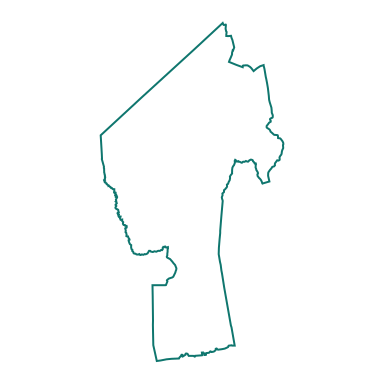 outline of Bang Khun Thian, Bangkok Metropolis, Thailand
{"feature_id": "78962969B82551730136395", "entity_name": "Bang Khun Thian", "entity_type": "district", "adm_level": 2, "iso_a3": "THA", "parent_name": "Thailand", "parent_adm1": "Bangkok Metropolis", "projection": "albers", "projection_center": [100.427, 13.588], "detail": "fine", "context": "isolated", "style": "outline", "palette": "teal", "viewbox_px": 384, "rotation_deg": 0, "n_neighbors": 0, "source": "geoboundaries", "source_scale": "gbopen_adm2", "svg_char_len": 6030}
<svg xmlns="http://www.w3.org/2000/svg" viewBox="0 0 384 384"><path d="M100.7,135.3L101.8,153.9L102.0,158.6L101.8,159.0L104.0,166.9L103.8,167.9L104.1,168.5L104.2,172.7L104.5,173.2L104.5,174.1L104.9,175.0L104.8,175.4L105.0,175.9L104.9,176.3L105.1,176.7L104.9,177.2L105.2,177.6L104.9,178.8L104.5,179.3L104.8,179.7L104.5,180.1L104.7,180.4L104.2,180.5L104.4,181.0L104.6,181.9L104.9,182.4L105.5,182.4L106.0,183.0L106.2,183.4L106.7,183.6L106.7,184.2L107.8,185.0L108.5,185.3L108.5,186.0L109.0,185.9L109.4,186.2L109.7,186.7L110.4,186.9L110.5,187.3L111.1,188.0L111.6,187.9L112.0,188.1L112.3,188.7L113.1,189.2L113.5,189.1L114.3,189.2L114.3,190.7L114.5,191.4L114.0,192.0L114.1,192.6L114.6,193.0L115.2,192.8L115.6,192.8L115.6,193.1L115.1,193.3L115.1,193.6L115.3,194.1L116.0,194.5L115.9,194.9L115.3,195.0L115.2,195.3L115.4,195.4L116.3,195.5L116.6,195.6L116.6,195.9L115.8,196.2L115.7,196.6L116.1,196.8L116.5,196.4L116.8,196.4L116.9,196.6L116.5,197.1L117.1,197.2L117.1,197.4L115.9,199.6L116.2,200.8L115.7,201.5L116.4,201.9L116.6,202.4L116.4,202.9L116.7,203.4L116.3,203.8L116.0,204.4L115.6,204.6L115.7,205.6L116.3,205.9L116.3,206.1L115.9,206.7L115.4,207.8L115.8,208.5L116.5,209.0L117.0,209.1L117.4,209.5L117.9,209.6L118.2,209.9L118.4,211.2L118.8,212.2L117.7,212.8L117.5,213.2L117.9,214.1L118.6,214.2L119.0,214.4L119.0,214.6L118.4,215.4L118.3,215.7L118.8,216.7L119.4,216.5L120.6,216.5L120.6,216.8L119.8,217.4L119.8,217.9L120.6,219.8L122.2,219.5L122.2,221.1L123.2,222.1L123.2,222.5L122.9,223.3L123.2,224.5L123.8,225.0L124.9,225.0L125.3,225.9L126.6,225.9L126.7,226.1L126.7,227.1L126.6,227.6L126.4,227.8L125.4,228.1L125.2,228.4L125.8,230.7L125.5,232.1L125.7,232.3L126.2,232.7L126.3,233.6L126.6,234.4L126.4,236.2L126.6,236.3L128.0,236.4L128.4,237.7L129.5,239.3L129.5,239.8L128.6,240.2L128.6,240.6L129.3,242.8L129.9,244.1L131.2,245.1L131.1,247.2L131.5,249.1L132.4,249.9L132.2,250.9L133.0,251.6L133.3,252.0L133.5,253.0L134.2,253.6L135.6,253.7L136.4,254.4L137.2,254.5L138.4,254.5L139.3,254.0L139.6,254.2L139.9,254.8L140.2,255.0L141.0,254.9L141.9,254.4L143.2,254.8L143.8,254.6L144.5,254.1L145.7,254.3L147.4,253.5L148.3,252.3L148.7,251.3L149.1,250.8L150.3,250.9L150.9,251.6L152.8,252.0L153.4,251.8L154.3,251.3L156.3,251.7L158.2,250.8L159.9,250.9L161.1,250.0L162.1,250.1L162.8,249.0L162.6,248.1L162.7,247.8L163.3,246.9L164.0,247.2L164.9,246.5L165.3,246.5L166.0,247.5L166.4,247.6L167.9,247.1L168.0,248.5L167.6,249.6L167.6,251.7L167.3,253.7L167.3,255.4L166.8,256.6L166.9,257.2L167.4,257.7L170.1,259.1L172.6,262.0L173.3,263.0L175.1,265.0L176.4,268.3L176.2,269.9L175.7,271.1L175.3,272.6L173.3,276.7L172.4,277.4L169.0,278.5L167.3,279.8L167.0,280.2L166.9,280.5L167.4,281.3L167.3,281.7L165.9,285.1L165.2,285.2L152.5,285.2L152.7,296.4L153.0,320.6L152.9,325.0L153.3,345.2L156.8,361.0L160.5,360.5L166.6,359.3L171.7,358.8L179.0,358.5L179.4,357.6L180.9,356.0L181.5,354.8L182.0,354.7L182.4,354.9L182.4,356.5L182.6,356.6L185.4,354.8L185.4,354.3L185.5,354.0L185.8,353.6L186.3,353.5L187.5,353.8L188.7,355.9L193.4,355.9L194.0,356.1L194.5,356.6L194.8,356.6L195.0,356.5L195.2,355.8L202.1,355.3L202.2,355.2L201.9,352.6L202.1,352.6L202.9,352.5L203.0,353.6L204.3,353.4L204.5,355.0L205.9,354.9L206.0,354.8L205.9,353.7L206.3,353.1L206.9,353.0L208.9,352.8L209.6,352.2L209.9,351.8L210.3,351.4L210.7,351.4L211.3,352.0L211.8,352.0L213.8,351.6L215.4,350.4L215.7,349.9L215.7,348.9L216.3,348.5L216.6,348.5L217.6,349.5L218.1,349.7L221.8,349.2L224.8,348.6L227.0,347.6L228.1,347.0L228.4,346.1L228.7,345.7L231.6,345.3L232.0,345.6L234.7,345.6L231.5,327.3L230.9,325.5L224.2,287.5L222.0,273.5L221.4,270.5L220.7,264.9L220.0,261.9L218.7,254.1L218.9,247.7L219.6,239.1L220.2,233.0L220.2,230.7L221.4,215.8L222.7,201.1L222.6,200.3L222.1,198.9L221.8,197.3L222.6,195.1L222.4,193.9L222.4,193.5L223.9,192.2L224.0,191.7L224.0,190.4L224.3,189.8L225.2,189.3L225.8,188.3L226.4,187.8L226.8,187.2L227.1,186.3L226.9,185.0L226.9,184.7L227.2,184.3L228.1,183.8L228.6,182.1L229.7,180.2L229.9,179.0L230.1,178.0L229.9,176.6L230.7,175.2L232.1,173.5L232.0,172.9L232.1,171.9L232.1,169.9L232.4,167.7L233.0,166.4L234.0,165.1L234.7,163.3L234.9,162.4L234.7,160.9L235.2,159.8L235.4,159.9L235.5,160.4L235.9,160.4L236.0,160.5L236.2,161.0L236.2,161.4L236.4,161.5L237.0,161.5L238.2,161.1L238.4,161.3L238.5,161.7L239.1,161.6L240.6,162.2L241.4,162.7L242.2,162.6L242.8,161.9L243.2,161.7L244.6,161.8L245.9,161.0L247.3,161.6L248.2,161.6L249.4,160.3L250.9,159.6L251.8,159.8L252.5,160.1L252.8,160.4L253.0,161.3L254.1,162.3L254.7,163.6L255.1,163.7L255.7,163.4L255.8,163.6L256.0,164.2L255.7,165.3L255.6,167.6L256.1,168.7L256.3,169.9L257.6,172.0L258.0,173.1L257.9,173.7L257.4,174.3L257.6,176.0L259.0,177.9L260.0,178.8L261.0,180.1L261.8,181.8L262.3,183.4L262.5,183.6L263.2,183.3L269.4,181.5L268.1,175.8L268.2,173.0L268.5,172.1L270.1,169.8L271.3,168.5L272.3,166.9L274.2,166.3L275.0,165.2L274.8,164.3L275.0,163.3L277.2,160.3L278.5,160.6L279.5,160.0L279.7,159.3L279.5,157.3L280.4,155.7L281.3,154.6L281.6,153.7L281.9,151.4L282.5,149.5L283.1,148.5L283.2,147.7L283.0,145.5L283.0,144.9L283.2,144.7L283.3,144.4L283.3,143.1L282.6,141.4L280.9,139.1L280.2,138.4L278.1,138.1L277.9,135.8L277.6,135.2L276.6,135.0L274.6,134.9L273.8,134.6L272.5,133.3L270.5,131.6L270.2,130.6L269.7,129.7L269.1,129.2L267.0,127.8L266.7,127.5L266.6,126.6L266.7,125.9L268.2,124.0L269.1,122.7L270.7,121.7L270.7,121.3L270.7,120.7L270.1,119.7L270.0,119.2L270.2,118.8L271.1,118.2L272.4,117.7L272.7,117.2L272.8,116.0L272.7,115.0L271.8,112.8L271.7,110.5L271.4,107.6L269.7,102.2L269.1,99.7L268.8,95.8L267.9,88.1L267.0,82.8L266.2,78.7L265.8,77.0L264.5,69.2L264.0,67.0L263.7,66.2L263.6,65.1L260.2,66.2L256.7,68.5L253.6,71.1L251.2,68.0L249.9,66.8L247.6,65.4L245.5,65.3L245.3,65.4L243.2,65.5L242.9,65.7L242.7,67.2L236.4,64.9L229.0,61.9L229.6,60.1L230.6,57.9L232.0,54.6L232.1,53.9L232.0,53.1L232.7,50.3L233.1,50.5L234.2,47.4L232.4,40.0L231.5,37.8L231.0,35.8L228.6,36.1L226.3,36.0L226.3,34.5L226.6,32.4L226.5,31.7L226.2,31.5L225.6,28.8L225.9,24.9L225.7,24.6L223.9,25.0L223.6,24.9L223.3,24.5L222.7,23.0L193.9,49.7L141.8,97.3L100.7,135.3Z" fill="none" stroke="#0f766e" stroke-width="2"/></svg>